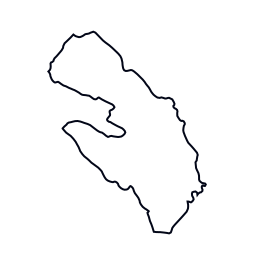 outline of Tsamba-Magotsi, Ngounié, Gabon, rotated 137°
{"feature_id": "22940354B73947944893462", "entity_name": "Tsamba-Magotsi", "entity_type": "district", "adm_level": 2, "iso_a3": "GAB", "parent_name": "Gabon", "parent_adm1": "Ngounié", "projection": "equal_earth", "projection_center": [10.858, -1.184], "detail": "fine", "context": "isolated", "style": "outline", "palette": "ink", "viewbox_px": 256, "rotation_deg": 137, "n_neighbors": 0, "source": "geoboundaries", "source_scale": "gbopen_adm2", "svg_char_len": 3926}
<svg xmlns="http://www.w3.org/2000/svg" viewBox="0 0 256 256"><g transform="rotate(137 128 128)"><path d="M179.9,34.5L178.3,32.6L175.5,29.9L173.0,27.0L171.1,24.7L169.8,22.9L167.9,22.4L166.5,23.1L165.2,23.8L163.9,24.6L162.2,25.0L159.9,25.3L148.3,26.2L142.2,26.8L139.2,28.1L137.8,29.3L136.4,30.8L135.4,32.4L134.6,33.6L133.8,32.8L132.7,30.7L131.9,30.5L130.0,30.6L128.6,31.1L127.8,32.6L127.3,34.7L126.1,36.3L124.8,37.1L123.5,36.6L121.9,35.5L121.6,33.6L122.0,32.9L122.8,31.8L121.3,32.1L119.6,31.9L118.5,31.2L116.6,31.2L115.6,32.0L115.0,33.5L114.3,34.6L113.0,35.2L112.3,34.9L111.9,33.7L111.1,33.1L109.6,33.7L109.5,34.8L110.5,36.2L111.3,37.3L111.6,38.7L111.7,40.7L111.1,41.9L109.8,43.3L108.5,44.8L107.3,46.9L106.6,49.1L106.2,50.4L105.5,52.3L102.0,56.9L99.9,57.4L98.7,58.4L96.5,60.1L95.4,60.7L94.4,62.9L94.1,67.9L94.0,71.2L94.0,76.1L93.4,78.4L91.7,83.4L90.1,87.2L89.1,88.7L87.4,90.2L85.6,91.5L84.0,92.0L83.2,92.8L82.7,94.8L83.2,96.1L84.2,96.8L84.6,98.4L84.2,101.0L83.7,103.2L81.8,105.4L80.5,106.4L79.8,107.7L79.9,109.2L80.5,110.9L80.4,112.4L79.8,113.2L78.5,113.3L77.5,114.0L76.7,116.1L76.5,117.1L76.1,118.7L77.4,122.1L78.4,122.8L79.9,123.5L80.8,124.3L81.7,126.0L82.7,127.6L84.3,128.4L85.7,130.2L86.3,132.6L86.6,134.9L86.5,136.8L86.3,138.7L85.6,141.3L85.1,143.6L85.0,145.7L84.8,148.1L84.4,150.3L84.2,153.4L84.5,161.0L85.0,165.1L85.5,167.2L86.3,168.4L87.7,169.2L89.5,170.2L90.8,171.3L91.4,172.8L91.0,174.6L90.2,176.0L89.0,177.8L87.3,179.9L85.4,183.2L84.6,185.7L84.4,188.9L84.7,194.6L84.9,197.6L85.3,201.3L86.2,206.0L86.6,209.1L86.8,220.0L87.7,222.1L89.4,222.8L90.5,223.3L91.8,223.6L93.3,224.4L94.5,225.3L95.6,225.8L97.4,226.0L98.7,226.3L100.7,227.0L101.9,227.9L102.9,229.5L103.7,231.0L104.0,232.4L104.2,233.6L108.2,233.3L113.8,233.2L116.6,233.2L119.4,232.1L120.9,230.9L123.5,230.1L128.4,229.5L131.2,229.2L134.2,229.1L135.9,228.5L136.7,227.9L138.3,227.9L139.6,228.4L140.7,228.0L142.4,225.9L143.8,224.6L145.3,223.8L147.7,223.6L147.7,222.7L148.0,221.3L148.5,220.0L149.3,219.0L150.0,217.3L150.5,215.9L150.8,214.5L150.8,212.7L150.6,211.4L149.9,210.7L148.9,210.2L147.7,209.5L147.3,208.3L146.9,206.0L146.2,203.1L144.9,200.7L143.8,197.6L142.9,195.7L142.1,193.8L141.3,192.2L140.8,190.7L140.3,189.1L139.7,187.1L139.4,185.3L138.9,183.7L138.2,182.7L137.3,181.7L136.4,180.7L135.3,179.2L134.4,178.1L134.0,176.6L133.6,174.2L133.2,172.4L132.4,171.3L131.7,170.8L130.9,170.6L129.5,170.6L128.5,170.2L127.6,166.7L126.2,162.7L124.3,158.0L123.5,156.1L123.3,154.3L123.7,152.5L125.1,152.1L126.9,152.2L128.1,152.6L128.8,152.9L130.0,152.8L130.8,151.9L131.7,150.3L132.6,149.5L134.7,149.2L136.7,148.9L137.7,148.3L138.0,147.3L137.7,145.6L136.8,144.3L136.3,142.2L135.1,138.5L134.3,136.2L133.3,133.8L132.5,131.8L132.3,130.1L132.4,128.0L133.0,126.6L134.7,126.0L136.8,126.0L138.6,126.3L140.2,127.3L141.4,128.2L143.0,130.1L144.5,132.0L145.5,133.5L146.7,134.3L147.9,134.7L148.7,135.1L149.3,137.1L149.7,140.3L150.2,142.5L151.0,143.6L151.6,144.9L152.2,147.0L152.7,149.8L153.2,152.8L153.7,155.9L154.8,158.5L156.6,161.7L157.4,163.3L158.5,165.3L160.1,167.5L162.0,169.1L163.9,170.2L165.6,171.1L167.7,172.4L169.2,172.7L170.6,172.4L173.7,172.5L176.1,172.3L176.2,172.1L176.3,170.3L176.4,166.8L175.9,164.2L175.3,161.3L175.3,157.6L175.7,153.6L176.4,150.9L177.1,147.9L178.0,145.4L178.7,143.7L179.2,140.1L179.3,137.1L178.7,133.0L178.5,130.5L178.4,127.6L178.0,125.6L177.3,121.9L176.8,119.3L176.7,116.2L176.8,114.1L177.3,112.7L178.0,110.4L178.7,107.8L179.0,105.5L178.7,103.5L177.8,101.4L176.7,99.6L175.9,98.6L174.6,98.1L173.7,97.1L173.3,95.5L173.4,93.9L174.2,92.3L174.3,90.5L174.1,88.6L173.5,86.7L172.6,85.2L171.6,84.4L170.9,83.9L169.8,83.5L168.2,83.6L167.0,83.9L165.9,83.9L165.5,83.1L165.4,81.2L165.7,79.9L166.7,77.8L167.4,75.7L167.8,72.0L168.1,69.8L169.1,66.9L170.1,65.4L170.7,63.3L171.0,60.4L170.6,57.6L170.1,55.9L169.7,53.8L169.6,53.0L170.8,52.7L171.6,52.7L172.4,51.2L173.2,49.1L175.4,44.9L176.5,41.8L177.9,38.6L179.9,34.5Z" fill="none" stroke="#020617" stroke-width="2"/></g></svg>